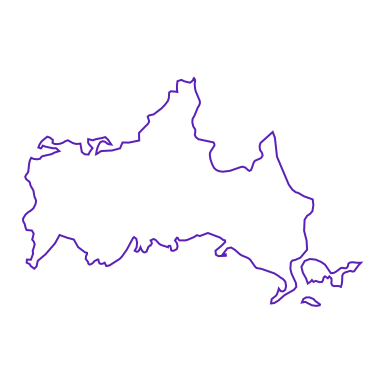 outline of Yamaguchi
{"feature_id": "JPN-1826", "entity_name": "Yamaguchi", "entity_type": "Prefecture", "adm_level": 1, "iso_a3": "JPN", "parent_name": "Japan", "parent_adm1": "", "projection": "robinson", "projection_center": [131.623, 34.219], "detail": "fine", "context": "isolated", "style": "outline", "palette": "violet", "viewbox_px": 384, "rotation_deg": 0, "n_neighbors": 0, "source": "natural_earth", "source_scale": "10m", "svg_char_len": 4667}
<svg xmlns="http://www.w3.org/2000/svg" viewBox="0 0 384 384"><path d="M312.7,199.4L313.4,205.1L312.4,211.2L310.0,213.9L307.1,215.8L304.6,219.8L304.1,230.8L306.6,240.8L307.1,249.7L300.4,257.7L295.3,259.9L292.2,260.6L290.8,262.6L290.4,268.9L291.5,273.5L295.9,283.0L296.3,286.9L293.9,289.8L284.6,295.1L278.3,300.6L274.1,303.1L271.0,303.4L271.7,299.1L276.1,295.6L276.8,294.5L278.3,290.7L278.8,288.6L280.6,291.1L283.1,291.4L285.2,289.8L286.1,286.1L285.3,281.6L283.2,279.2L280.6,277.6L278.1,275.7L274.4,273.4L261.2,268.8L256.5,268.0L255.2,266.8L250.0,259.4L247.7,257.9L241.9,255.5L239.9,254.3L235.1,250.0L231.1,247.5L227.3,248.4L222.8,254.3L225.8,254.3L225.8,255.8L218.4,256.1L215.9,254.7L215.5,250.7L221.7,245.6L225.2,242.0L225.0,240.4L223.1,239.9L220.1,237.6L207.9,233.0L199.9,236.0L196.8,235.2L194.2,237.0L187.6,239.8L185.2,240.4L179.5,240.4L178.5,239.5L177.8,238.0L176.8,237.7L175.0,240.4L176.9,243.2L177.6,246.4L176.7,249.2L173.7,250.7L172.2,250.8L171.4,250.5L171.0,249.7L170.9,248.0L170.2,245.9L169.0,245.8L167.9,246.6L167.9,247.2L161.2,245.0L159.4,244.0L155.7,240.0L153.6,239.0L150.6,240.4L151.7,242.4L151.8,243.6L150.6,245.5L150.1,245.4L148.1,247.3L147.8,248.8L147.1,249.7L147.0,250.6L146.5,251.6L144.8,252.4L143.4,252.1L142.1,250.6L141.1,248.8L140.5,247.2L139.4,249.8L138.2,251.4L136.7,251.8L134.7,250.7L136.6,247.3L137.1,242.7L136.3,238.8L134.0,237.1L132.6,238.8L126.8,249.7L121.9,256.6L119.7,258.9L109.3,265.5L106.3,266.0L104.6,262.7L103.0,263.6L101.1,263.9L99.5,263.4L98.8,261.8L98.4,259.6L97.4,259.5L96.0,260.4L94.5,261.0L94.2,261.5L93.0,262.8L91.4,264.0L89.5,264.6L88.4,263.7L87.9,261.7L85.7,259.0L86.0,256.1L87.1,254.0L87.0,252.8L85.1,252.4L78.1,247.1L73.8,239.5L67.3,237.8L59.6,235.0L55.0,243.4L45.5,254.3L37.8,260.8L36.5,266.5L34.3,268.7L30.8,266.1L29.7,264.1L26.7,262.7L26.9,259.6L30.9,259.7L33.1,253.7L32.7,250.9L33.9,247.2L34.7,244.3L33.8,241.6L32.2,239.6L33.7,233.7L31.9,230.5L26.6,230.0L25.5,227.4L24.7,224.0L23.3,221.5L23.0,218.7L25.5,214.6L28.3,212.1L31.0,210.5L33.5,208.2L35.5,204.2L36.1,200.9L35.4,198.7L34.5,196.9L33.4,190.5L30.5,185.5L29.9,182.7L29.4,181.8L26.2,179.2L25.2,176.9L26.0,175.0L27.4,173.3L28.3,171.5L29.1,163.8L29.8,160.7L31.2,157.8L33.6,158.9L37.0,159.3L40.0,158.8L41.4,156.9L42.7,156.1L51.4,154.2L54.7,152.5L59.3,151.1L56.0,148.2L53.0,148.3L44.9,146.5L42.8,145.6L41.5,147.8L41.0,148.4L38.4,147.5L39.5,144.6L41.3,141.7L43.6,139.6L47.3,136.7L50.1,137.7L52.9,140.0L52.5,142.8L54.3,143.9L57.0,144.1L60.1,143.7L63.0,142.7L65.1,141.3L67.9,140.3L73.1,143.2L76.5,144.0L80.4,143.6L81.8,151.9L84.5,154.2L88.5,154.6L89.8,151.8L92.5,148.1L88.7,143.9L88.1,142.3L88.2,139.1L92.7,140.3L95.8,139.2L101.6,138.1L105.3,137.1L107.8,139.4L111.3,144.5L108.1,144.1L104.9,141.7L102.8,141.2L100.4,142.1L98.9,144.4L97.6,147.3L96.7,150.6L96.1,154.2L97.6,153.5L100.3,151.5L101.8,151.0L112.0,150.5L120.1,148.3L122.5,142.5L128.9,142.6L139.2,140.5L139.0,133.0L141.8,130.0L148.0,123.8L149.2,121.5L147.7,116.6L149.2,115.4L153.6,114.4L161.6,108.3L164.9,104.9L167.9,100.9L168.8,98.2L169.2,92.5L170.8,91.3L175.1,91.6L177.3,92.0L177.0,89.8L176.9,85.6L177.5,81.2L181.4,79.9L184.3,81.3L190.0,82.7L193.0,80.4L193.6,78.4L194.0,78.1L194.9,79.5L195.1,80.6L194.7,83.9L194.8,86.0L195.3,89.9L196.1,92.2L199.8,101.0L199.9,103.5L199.0,105.7L197.8,107.5L194.6,115.4L192.6,118.9L192.3,122.3L193.3,126.5L195.2,129.4L195.3,132.3L194.8,134.7L195.7,137.0L198.4,139.2L213.5,142.4L214.4,144.1L214.4,145.6L210.8,151.1L209.9,153.2L209.9,155.7L210.3,158.6L211.4,162.2L212.8,165.6L214.2,168.1L216.4,170.0L219.1,171.2L222.8,171.7L229.7,170.9L240.4,167.2L242.8,166.7L245.5,167.7L247.6,169.7L249.4,170.9L251.0,170.1L252.1,167.4L253.5,163.1L254.2,161.7L255.1,160.7L260.8,158.2L261.8,157.0L262.6,155.6L262.2,153.4L261.5,152.0L260.0,150.0L259.6,146.1L260.4,143.1L272.7,132.0L274.9,137.7L277.0,156.7L288.7,184.5L292.4,189.7L295.9,192.3L298.2,192.9L304.2,196.4L311.1,198.8L312.7,199.4ZM311.9,280.0L310.9,281.3L309.9,282.1L307.8,283.5L306.1,278.5L302.9,272.8L301.4,266.9L304.7,261.0L309.8,259.0L315.6,259.6L321.0,261.9L325.0,264.6L330.9,273.2L333.8,272.9L336.5,271.4L340.9,268.0L342.2,267.8L345.4,268.3L346.6,268.0L347.8,266.4L348.4,263.7L349.6,262.7L352.1,262.2L357.7,262.8L361.0,262.7L358.5,265.3L354.1,271.3L352.4,271.6L350.4,270.8L345.2,272.4L343.2,273.7L342.3,275.7L342.1,281.8L341.7,284.3L340.9,286.9L338.5,286.0L333.9,286.1L332.2,285.3L331.3,283.2L331.6,280.8L331.4,278.5L329.3,276.4L327.8,278.3L325.0,276.3L323.6,277.6L323.0,280.2L322.1,281.9L319.5,282.2L315.8,280.9L313.5,281.9L311.9,280.0ZM313.6,299.1L315.4,301.1L320.0,304.4L319.7,305.3L316.4,305.9L312.0,305.3L305.3,301.9L301.9,302.5L303.4,299.0L306.2,297.4L309.8,297.4L313.6,299.1Z" fill="none" stroke="#5b21b6" stroke-width="2"/></svg>